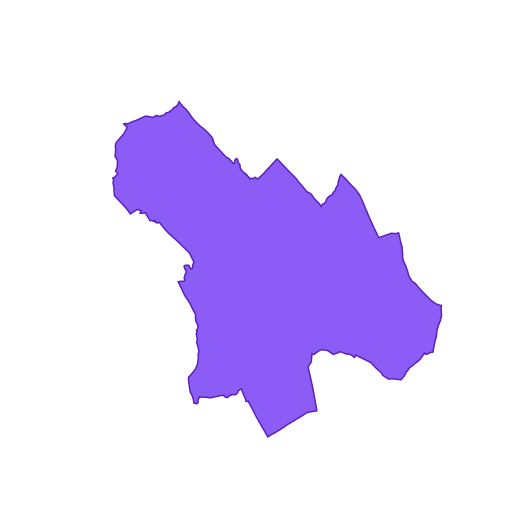 the district of "Evje og Hornnes" nor, Aust-Agder, Norway, rotated 237°
{"feature_id": "86288312B17252919876128", "entity_name": "\"Evje og Hornnes\" nor", "entity_type": "district", "adm_level": 2, "iso_a3": "NOR", "parent_name": "Norway", "parent_adm1": "Aust-Agder", "projection": "robinson", "projection_center": [7.751, 58.587], "detail": "fine", "context": "isolated", "style": "filled", "palette": "violet", "viewbox_px": 512, "rotation_deg": 237, "n_neighbors": 0, "source": "geoboundaries", "source_scale": "gbopen_adm2", "svg_char_len": 6092}
<svg xmlns="http://www.w3.org/2000/svg" viewBox="0 0 512 512"><g transform="rotate(237 256 256)"><path d="M355.4,284.7L372.3,281.9L377.7,283.5L379.8,283.7L384.7,283.0L385.9,282.7L389.8,281.8L392.4,281.1L393.9,280.3L394.7,280.1L400.2,278.8L404.8,278.0L405.3,278.0L406.8,277.8L413.2,277.6L416.3,277.3L417.5,277.1L421.3,276.1L424.8,275.7L427.3,275.6L427.1,275.1L425.5,272.8L425.1,271.1L424.8,270.3L425.3,268.2L425.2,268.0L424.9,267.2L424.8,266.5L424.4,265.9L424.2,265.2L424.2,264.0L424.1,262.7L424.3,262.4L424.0,262.2L424.0,261.7L424.5,259.7L425.0,258.4L424.4,256.6L424.5,254.9L424.8,254.0L425.9,250.8L428.1,249.0L428.4,248.0L428.3,246.0L428.2,245.4L430.0,243.3L430.7,242.8L431.9,241.4L433.5,239.6L434.0,236.5L435.0,229.1L435.2,228.3L435.6,227.3L435.7,226.2L436.1,225.4L436.2,224.6L436.2,223.1L436.3,222.6L436.9,220.2L437.6,219.5L438.5,218.1L438.8,216.9L434.4,218.1L433.3,216.7L432.8,216.2L432.5,215.5L432.3,215.0L430.4,211.7L430.2,210.7L429.9,209.5L429.6,208.5L427.3,200.6L425.2,198.1L421.6,196.2L421.0,195.7L419.2,194.4L418.5,193.9L416.6,192.1L414.0,192.0L410.8,191.7L410.6,191.3L409.9,190.7L406.2,188.1L403.7,184.4L401.6,185.0L400.3,185.0L399.2,180.9L399.1,180.4L399.4,178.4L397.0,177.8L396.2,176.7L395.4,176.2L394.6,175.6L392.7,175.0L389.5,173.4L387.3,172.0L384.4,170.6L383.6,170.1L378.4,171.1L366.3,173.2L359.7,173.6L359.8,174.3L359.7,178.3L359.7,181.6L356.8,184.4L355.8,182.9L354.9,182.1L352.4,186.7L343.2,186.4L343.1,186.9L342.3,188.2L341.5,188.7L341.3,188.7L340.5,189.4L340.1,189.7L340.5,190.2L340.4,190.2L340.1,190.4L339.9,190.1L339.8,190.3L339.6,190.1L339.4,190.1L339.1,190.2L338.8,190.3L337.7,190.8L336.7,193.3L334.3,193.5L324.2,194.7L310.9,198.3L294.9,201.8L284.5,200.6L283.5,198.8L283.0,198.2L280.3,195.8L280.2,195.6L280.2,194.8L281.3,194.4L282.7,194.3L284.3,194.7L285.7,193.7L286.3,192.3L286.9,191.0L286.5,190.0L284.1,189.4L281.0,189.0L280.4,188.7L279.9,187.9L278.8,186.1L276.7,183.8L274.8,183.2L274.0,182.2L274.1,181.7L274.4,181.1L275.7,179.3L276.7,176.7L266.4,175.4L265.4,175.2L264.2,175.1L263.5,174.9L260.8,174.7L258.9,174.7L257.8,174.8L257.7,174.8L255.4,174.8L253.8,174.7L253.1,174.8L250.5,174.6L248.8,174.3L247.3,174.2L246.9,174.1L245.5,174.0L244.4,173.8L240.9,173.6L239.2,173.2L237.7,171.9L236.6,171.3L235.6,171.0L234.3,170.1L232.8,170.0L231.7,169.8L228.9,169.3L228.0,168.5L227.1,167.7L226.3,166.6L226.1,165.5L224.9,165.2L223.8,164.9L223.7,163.8L223.1,163.6L222.8,163.5L222.7,163.3L222.2,163.0L221.3,162.7L221.0,162.6L220.4,162.3L219.7,162.2L218.0,161.3L217.0,160.4L216.9,160.1L216.2,159.4L215.7,159.0L213.0,158.4L211.5,157.7L210.4,157.5L208.1,156.6L206.7,155.8L205.3,154.2L203.8,153.1L201.8,152.1L200.3,150.7L199.3,150.0L198.3,149.0L196.6,147.3L193.9,143.2L191.8,136.4L191.1,133.4L187.8,131.3L177.7,126.7L173.7,126.4L170.3,125.5L166.3,123.8L165.4,124.9L164.9,125.3L164.2,126.1L164.5,126.8L164.6,127.6L165.8,128.3L166.6,128.8L168.0,130.9L168.8,131.7L167.6,133.0L166.4,134.9L165.7,135.7L164.7,137.2L161.8,140.6L160.4,144.5L159.2,147.5L158.7,149.1L158.3,149.8L158.2,150.2L157.6,151.5L157.3,152.4L157.2,152.6L153.8,153.7L152.8,155.3L153.3,157.6L153.5,158.4L152.8,159.4L152.8,159.8L152.8,160.8L151.4,162.0L151.1,163.3L150.8,163.9L151.3,166.1L152.5,167.6L152.8,170.4L152.6,171.4L146.5,170.0L144.0,169.7L141.8,169.3L139.9,168.5L139.3,168.5L138.7,169.8L138.6,170.1L138.3,170.4L129.8,169.6L121.2,168.7L114.6,168.3L97.8,167.4L97.8,168.3L97.8,172.6L97.4,176.1L97.3,183.0L97.2,185.8L97.5,189.1L97.3,194.9L97.4,195.6L97.2,197.4L97.1,199.0L97.2,200.6L96.9,206.4L96.9,213.9L96.2,215.3L94.8,218.8L93.3,222.1L93.1,222.8L114.8,231.9L123.5,235.2L134.7,239.3L137.0,244.6L143.4,249.6L141.9,250.9L142.2,257.2L141.8,260.0L141.0,260.8L140.0,262.1L139.2,262.9L138.1,264.3L134.5,265.9L131.6,267.1L131.1,268.2L130.0,272.6L130.1,274.3L126.4,277.2L124.5,278.3L124.1,278.9L123.0,280.7L121.2,281.9L119.2,282.8L118.3,282.9L117.3,283.4L117.6,283.8L117.9,284.5L118.7,285.6L106.5,292.8L104.4,294.2L97.6,295.4L89.6,297.5L88.7,297.4L88.2,297.4L87.6,297.3L87.2,297.4L86.9,297.3L80.8,300.0L77.9,304.6L73.2,310.2L74.3,314.0L75.4,316.8L76.2,317.7L76.8,318.5L77.2,320.4L77.2,320.8L77.8,321.4L78.7,324.7L79.0,329.2L79.4,331.4L79.4,333.0L79.9,337.0L80.5,339.0L81.0,339.7L81.5,341.3L82.3,343.4L82.6,344.0L82.9,344.3L80.7,345.1L80.0,350.2L79.0,352.0L86.7,359.4L87.4,360.3L87.9,360.8L90.5,363.6L94.8,367.0L98.5,371.3L101.4,375.5L102.2,376.2L103.1,377.3L105.1,379.3L108.0,380.8L110.2,382.3L111.7,383.1L113.5,384.6L114.0,383.9L114.6,383.4L115.4,382.7L117.5,381.1L118.8,380.4L123.6,378.6L127.1,377.8L129.0,377.5L131.2,377.0L132.1,376.9L136.2,376.0L140.1,375.4L140.8,375.3L146.3,374.6L146.6,374.5L149.3,373.3L150.3,373.0L150.9,373.0L152.1,373.2L156.2,373.3L158.9,374.2L159.8,374.6L166.6,376.3L171.1,376.8L174.6,378.0L176.0,378.8L176.9,379.4L177.7,380.1L179.7,380.9L182.5,382.7L184.7,383.7L188.8,384.9L197.7,388.2L198.9,385.0L201.2,382.2L202.0,379.2L204.6,368.9L214.6,370.2L228.7,372.3L230.7,372.8L233.5,373.3L236.0,373.6L240.4,374.6L250.9,376.1L256.6,375.9L259.9,375.3L264.6,374.3L268.4,373.7L270.9,373.4L272.0,373.2L272.9,372.9L274.5,372.6L274.9,372.4L278.1,371.7L277.1,369.6L273.0,365.0L272.1,364.4L271.4,363.8L270.5,362.4L270.1,361.0L267.6,357.6L267.4,356.3L267.4,355.4L266.3,354.2L265.8,353.2L266.2,351.7L266.2,349.8L265.8,347.9L265.2,346.2L263.5,344.0L263.0,342.6L262.8,341.9L263.1,340.8L263.2,340.1L262.7,338.7L262.0,337.8L263.3,337.5L264.8,337.7L272.2,336.2L273.0,336.1L276.0,336.1L277.7,336.0L279.5,335.3L280.7,334.7L282.4,333.6L289.7,332.9L295.2,332.0L298.9,331.9L302.4,331.2L307.2,330.1L325.9,326.6L325.7,325.2L325.3,324.1L324.6,320.9L323.5,317.1L322.0,310.7L321.0,307.5L319.6,299.4L322.6,298.0L322.3,296.1L324.4,293.3L324.5,292.6L326.7,292.8L327.4,292.5L329.1,292.5L330.8,292.1L330.7,291.7L333.0,291.2L334.8,290.7L335.9,290.7L337.2,290.7L337.5,290.6L338.7,290.9L339.7,291.3L340.2,291.7L340.7,291.9L341.3,292.2L343.9,292.1L346.3,292.9L346.8,293.0L347.3,292.9L347.7,293.0L348.0,293.0L348.3,292.8L348.5,292.6L348.4,292.3L348.1,292.0L347.9,291.5L348.1,290.8L348.0,290.6L345.8,288.9L345.7,288.7L345.7,288.2L345.9,287.7L346.0,287.4L352.5,286.4L355.4,284.7Z" fill="#8b5cf6" stroke="#5b21b6" stroke-width="1.5"/></g></svg>